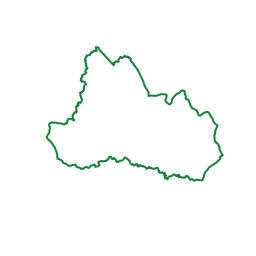 outline of Sussundenga, Manica, Mozambique, rotated 146°
{"feature_id": "85939544B81104327117882", "entity_name": "Sussundenga", "entity_type": "district", "adm_level": 2, "iso_a3": "MOZ", "parent_name": "Mozambique", "parent_adm1": "Manica", "projection": "orthographic", "projection_center": [33.326, -19.678], "detail": "fine", "context": "isolated", "style": "outline", "palette": "green", "viewbox_px": 256, "rotation_deg": 146, "n_neighbors": 0, "source": "geoboundaries", "source_scale": "gbopen_adm2", "svg_char_len": 5876}
<svg xmlns="http://www.w3.org/2000/svg" viewBox="0 0 256 256"><g transform="rotate(146 128 128)"><path d="M188.4,119.4L187.8,119.2L185.3,119.5L184.8,119.4L184.0,118.7L183.5,117.5L183.0,117.0L182.4,116.8L179.9,117.5L177.5,116.7L176.5,116.7L176.3,116.3L176.2,115.5L176.7,114.4L176.7,114.1L173.8,112.8L172.8,113.1L172.1,113.8L172.2,115.0L172.0,115.8L171.4,116.3L170.9,116.3L167.9,115.1L167.2,114.1L165.6,113.6L164.5,112.9L164.0,113.1L162.2,113.1L161.3,113.7L160.5,113.8L159.9,114.3L158.9,114.2L158.4,113.9L158.1,113.2L158.5,111.6L158.5,111.1L157.8,110.6L157.3,110.6L156.7,110.9L156.3,110.6L155.9,108.7L156.3,107.7L156.4,106.0L156.0,105.9L155.4,106.1L155.0,105.5L154.3,105.3L153.1,105.3L151.1,104.3L149.6,104.5L147.1,105.3L146.4,104.0L145.3,101.2L145.4,100.4L145.0,99.5L145.6,98.8L145.9,97.3L145.3,95.7L144.4,95.5L144.2,95.1L144.4,93.9L142.8,93.3L142.1,93.6L141.5,93.6L140.8,93.0L140.5,92.4L141.4,91.3L141.1,90.5L140.2,90.0L139.9,90.3L139.4,90.4L139.2,90.2L138.9,90.5L138.7,90.5L138.6,89.8L138.2,89.2L137.2,88.6L137.1,87.9L136.8,87.8L136.9,87.5L135.9,86.8L135.3,84.7L135.3,84.1L135.4,83.9L134.3,83.6L133.7,83.3L132.8,83.9L132.4,83.9L132.3,83.7L132.4,83.2L132.1,82.5L131.7,82.5L131.6,82.0L131.1,82.0L131.0,81.6L130.0,80.3L128.4,79.1L127.5,79.2L126.2,78.9L125.8,78.3L125.8,77.3L126.4,75.9L126.1,74.8L126.3,74.4L127.1,74.3L127.0,73.7L125.8,72.4L124.4,72.2L124.1,71.0L123.1,70.6L122.8,70.0L123.0,69.5L123.8,69.3L124.4,68.5L124.0,68.1L123.3,68.2L123.1,67.6L123.1,67.2L124.3,67.1L125.2,66.7L125.5,65.7L125.3,65.4L124.4,65.4L123.8,64.9L123.7,64.4L124.0,63.9L123.9,63.4L123.5,63.4L122.9,64.3L121.6,64.7L120.9,64.7L119.8,64.1L117.8,63.7L116.5,64.1L115.8,63.9L115.2,63.0L115.3,62.1L114.7,61.1L114.2,60.9L113.9,61.3L113.4,61.4L113.1,61.1L112.2,61.0L112.0,60.8L111.9,60.2L112.1,59.6L113.3,58.9L113.1,58.6L111.7,58.1L110.9,56.6L109.3,55.8L108.5,54.9L107.6,55.0L107.0,55.7L106.5,55.7L106.2,55.3L106.0,54.7L105.2,54.3L105.5,51.4L105.4,50.7L105.0,50.0L103.9,50.1L103.5,49.9L102.9,47.9L102.4,47.1L100.7,47.0L100.0,46.8L97.4,44.3L95.7,43.1L95.1,43.2L94.0,44.4L92.2,45.2L91.1,46.6L88.1,48.5L85.4,48.8L83.7,49.7L82.3,50.0L73.7,49.9L71.5,50.5L70.6,50.5L69.2,50.8L68.6,51.1L67.8,52.5L67.4,52.7L65.8,52.5L64.7,52.6L64.7,54.2L64.2,58.4L63.6,60.3L62.7,60.8L62.8,62.6L62.4,63.6L62.4,64.4L63.4,68.6L60.5,73.8L58.9,74.6L57.6,76.5L52.4,80.1L53.5,82.9L53.6,85.6L53.4,86.7L52.7,88.3L52.8,91.8L52.4,94.1L52.4,95.7L53.3,97.0L54.0,97.4L56.7,98.1L61.3,97.9L62.3,98.8L61.3,103.7L62.7,107.3L63.8,108.4L63.7,109.6L63.8,110.4L62.1,118.1L62.7,118.3L63.5,119.2L63.7,120.0L63.6,120.6L62.3,121.5L62.0,124.4L61.3,125.2L60.7,126.4L60.5,127.0L60.7,127.6L62.4,129.0L63.2,129.0L65.0,128.5L66.1,128.4L66.7,128.4L67.2,128.8L68.0,129.0L70.9,128.7L75.1,127.3L77.8,124.6L79.5,124.3L80.4,124.4L80.8,125.0L81.5,127.0L81.8,128.7L81.8,129.8L78.0,132.9L77.6,133.7L77.6,134.3L79.5,135.9L80.5,136.4L81.1,137.3L83.9,138.3L85.0,138.4L86.9,139.0L91.1,142.3L92.9,143.0L91.0,146.3L90.8,148.2L90.9,151.2L90.6,153.6L89.3,158.4L87.6,169.2L87.5,173.3L88.0,177.3L87.6,178.2L88.1,182.2L87.8,182.8L87.0,183.6L87.0,184.2L87.9,185.0L87.9,185.5L87.6,185.9L88.1,187.2L88.6,187.6L89.1,187.3L89.7,187.9L90.1,188.4L90.2,189.6L90.7,189.7L92.2,189.2L93.9,189.5L94.2,189.8L94.1,190.8L94.5,191.1L95.5,190.8L96.4,190.2L97.6,189.9L98.5,188.9L98.5,188.5L98.8,188.3L99.2,188.3L99.3,188.9L100.2,189.2L100.5,189.9L100.8,190.2L101.4,190.2L102.1,189.7L103.2,189.4L103.5,189.9L104.2,190.1L104.7,189.8L104.3,189.0L104.0,187.4L104.7,188.3L105.2,190.3L107.0,203.1L108.0,208.4L107.7,210.2L107.7,211.1L108.3,212.1L109.0,212.4L109.5,212.9L109.8,212.7L110.4,210.5L111.2,209.4L111.7,209.7L112.1,210.5L112.9,211.1L113.6,211.0L113.9,210.6L114.3,210.5L115.0,210.9L115.7,210.7L116.0,211.1L116.3,210.6L117.6,210.7L118.2,210.2L118.8,209.9L119.3,210.2L121.1,210.5L121.6,211.1L122.3,210.8L122.7,210.2L123.6,210.3L124.2,209.7L124.5,209.2L125.3,208.8L125.7,207.7L125.3,207.4L125.3,207.1L126.2,206.5L126.9,205.7L126.6,204.8L127.3,204.1L127.4,203.3L128.2,202.7L128.2,200.3L128.4,200.0L129.9,200.2L130.7,199.4L131.5,199.2L132.1,198.1L131.5,197.4L131.6,197.2L132.7,197.2L133.3,196.8L133.7,196.8L135.9,197.3L136.7,197.3L136.8,196.6L137.2,196.0L138.7,195.6L139.0,195.2L139.5,195.1L139.5,194.4L140.5,193.9L140.3,192.2L139.0,191.7L138.3,190.6L138.1,190.0L138.5,188.9L138.4,187.8L138.9,187.5L140.7,187.3L141.2,186.9L141.9,186.6L141.9,185.8L142.7,185.2L143.1,184.4L143.6,184.0L144.1,184.0L144.8,183.7L145.5,183.8L146.2,183.4L146.8,183.9L147.3,183.8L147.9,183.9L147.8,183.0L149.1,182.2L149.5,181.3L149.4,180.5L150.0,179.5L149.9,178.9L150.0,177.9L150.4,177.6L150.3,177.1L151.0,176.3L151.6,176.2L152.3,175.7L153.5,175.5L154.1,176.1L154.3,176.7L155.6,176.8L156.1,176.0L156.0,175.2L156.1,174.7L156.9,174.7L157.4,174.4L157.6,175.1L158.9,174.6L159.3,174.6L159.6,173.7L160.0,173.2L160.0,172.8L160.8,171.9L160.8,171.6L161.3,171.1L161.4,170.4L161.6,170.4L161.7,170.8L162.0,170.7L162.2,170.0L162.4,169.9L162.5,170.2L163.4,170.7L164.1,170.6L165.3,170.0L166.1,169.8L166.6,169.1L167.4,168.9L167.7,168.6L168.0,167.1L168.5,166.3L168.2,165.2L168.4,164.6L168.8,164.7L169.8,167.0L170.7,167.9L172.1,168.7L172.8,168.7L174.1,168.1L174.6,167.7L175.2,166.6L175.6,166.3L176.3,166.2L176.5,166.8L176.8,166.9L178.2,166.5L179.2,166.8L179.4,166.9L180.3,168.4L181.1,169.4L183.9,171.6L185.0,173.1L186.2,173.6L187.9,175.1L189.3,175.6L190.7,175.5L191.3,175.2L191.7,174.6L192.2,173.3L192.2,172.9L192.8,171.5L194.5,169.9L195.6,168.3L196.5,167.7L198.0,167.4L199.2,166.6L200.3,166.1L200.6,165.6L200.6,164.0L200.1,161.0L199.5,158.5L199.7,155.6L199.4,153.9L200.7,147.9L201.2,147.0L201.3,145.9L202.9,143.6L203.0,142.7L203.6,141.9L202.2,140.1L201.2,138.4L201.1,137.7L201.1,135.1L199.7,133.4L199.0,131.9L198.9,131.1L198.6,130.2L198.1,129.3L196.4,128.9L195.9,128.5L194.5,128.3L192.3,127.1L192.0,126.0L192.4,125.1L192.3,124.5L191.5,123.2L190.2,122.2L189.6,120.2L188.7,120.1L188.4,119.4Z" fill="none" stroke="#15803d" stroke-width="2"/></g></svg>